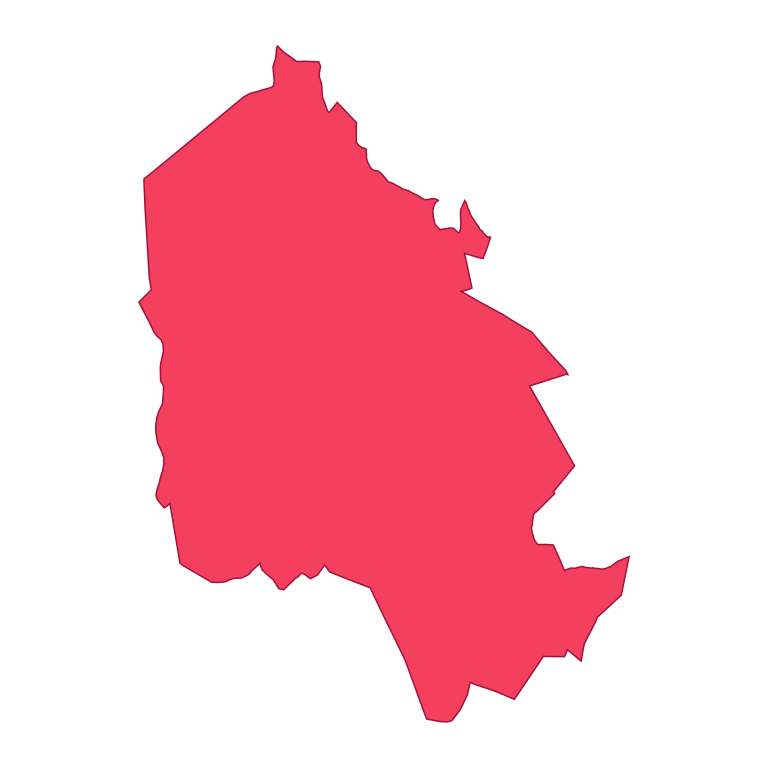 San José Tenango, Oaxaca, Mexico (Equal Earth projection)
{"feature_id": "50627088B37227996856729", "entity_name": "San José Tenango", "entity_type": "district", "adm_level": 2, "iso_a3": "MEX", "parent_name": "Mexico", "parent_adm1": "Oaxaca", "projection": "equal_earth", "projection_center": [-96.652, 18.165], "detail": "fine", "context": "isolated", "style": "filled", "palette": "rose", "viewbox_px": 768, "rotation_deg": 0, "n_neighbors": 0, "source": "geoboundaries", "source_scale": "gbopen_adm2", "svg_char_len": 4816}
<svg xmlns="http://www.w3.org/2000/svg" viewBox="0 0 768 768"><path d="M169.9,503.3L180.0,563.2L182.9,565.5L211.9,582.4L212.2,582.3L218.6,582.5L225.8,581.7L230.3,579.5L233.9,578.4L241.4,578.0L246.6,575.6L247.5,575.1L248.6,574.5L253.9,568.9L259.9,563.4L261.0,566.9L262.1,569.9L267.0,574.5L273.5,580.0L278.8,588.7L283.6,589.8L291.5,582.2L293.8,580.1L295.2,578.3L296.6,577.6L298.3,576.6L299.4,575.4L300.5,574.1L301.7,573.4L302.4,573.3L305.1,574.7L310.5,578.7L317.7,574.9L323.1,567.1L324.5,564.7L329.7,572.0L341.8,576.8L358.1,583.2L370.2,587.8L382.3,613.2L384.8,618.4L399.5,648.5L405.3,660.5L424.2,712.6L425.8,716.9L426.6,719.0L428.8,719.4L436.3,720.9L439.7,721.5L445.7,721.9L447.4,721.8L449.1,721.5L451.0,720.9L452.6,720.1L453.8,718.1L455.5,716.1L457.2,713.9L459.6,710.3L461.3,707.7L463.1,703.8L465.3,699.2L467.4,694.7L469.7,684.2L470.1,682.4L475.4,684.6L493.9,690.7L514.4,699.3L543.4,656.3L546.0,656.5L556.3,656.6L564.5,656.6L567.5,649.8L569.9,651.8L581.1,661.1L582.7,652.0L584.2,644.1L593.3,626.1L595.4,622.2L597.5,617.1L621.3,595.2L629.1,556.6L627.8,557.2L627.6,557.3L625.4,558.1L624.1,558.7L623.5,558.9L621.8,559.8L620.2,560.2L618.0,561.2L617.0,562.0L615.2,563.1L614.2,564.0L613.0,564.7L611.6,566.1L607.0,568.0L605.5,568.5L602.6,569.1L601.6,569.1L599.5,568.8L597.9,568.5L597.1,568.3L596.1,568.5L594.1,568.2L593.1,567.8L591.5,568.1L591.0,568.0L588.0,567.7L585.5,567.5L582.2,566.3L579.6,567.1L576.9,567.6L575.2,568.3L573.7,568.1L571.6,568.1L570.1,568.2L567.9,569.2L565.9,569.7L564.5,570.8L560.7,561.4L553.3,545.0L546.5,544.5L537.4,544.5L536.1,542.4L535.1,541.0L533.8,538.7L533.2,535.5L532.2,532.3L531.3,527.8L532.3,524.9L532.6,520.6L533.1,517.0L533.9,513.5L536.6,511.6L554.7,493.5L553.4,491.8L561.5,481.9L574.6,465.8L547.4,417.6L529.6,386.0L565.9,374.3L567.9,374.6L565.8,370.6L548.9,352.3L547.1,350.1L531.3,331.7L525.8,328.7L510.2,319.2L502.5,314.3L491.8,308.5L478.3,301.2L461.1,291.3L466.1,290.2L472.0,288.1L464.5,253.3L476.7,257.1L483.0,258.5L483.5,257.2L487.0,248.0L487.2,247.6L489.5,240.7L490.1,238.4L490.5,237.1L490.2,237.1L488.6,237.1L487.5,236.8L486.8,236.3L485.7,235.5L484.5,234.0L483.6,233.3L483.0,232.2L482.1,231.1L479.8,229.3L479.1,227.5L478.4,226.4L477.3,224.9L475.9,223.1L474.6,221.1L473.0,218.6L472.2,217.5L471.1,215.8L470.4,214.3L469.9,212.8L469.0,210.6L468.3,209.2L467.4,206.5L466.4,203.4L464.7,200.6L463.5,203.7L462.7,205.2L462.3,206.0L461.8,207.4L461.2,208.6L460.7,209.9L460.6,211.4L460.5,212.9L460.5,214.7L460.5,216.2L460.6,217.5L460.6,219.1L460.7,220.6L460.9,222.3L460.9,223.6L460.8,224.9L460.7,226.2L460.6,228.0L460.4,229.4L459.8,230.9L459.5,232.1L458.7,232.9L457.7,232.2L456.9,231.4L455.3,229.9L454.2,228.8L453.2,228.2L451.9,228.2L450.1,228.1L448.6,228.1L447.2,228.5L446.3,229.0L444.6,228.8L443.1,229.0L441.1,229.4L440.0,230.0L438.6,228.0L436.9,226.7L435.2,224.3L434.5,222.7L434.2,220.6L433.9,219.1L433.4,217.8L433.4,216.3L433.1,214.2L433.0,212.9L432.8,211.7L432.9,210.3L433.3,208.5L433.6,206.9L434.1,205.3L434.7,203.9L435.7,202.6L436.4,201.9L437.3,201.2L438.3,200.3L436.8,199.5L435.2,199.0L433.8,198.8L432.7,198.7L431.3,198.7L429.5,199.3L427.0,199.6L424.6,199.6L421.7,198.1L418.8,196.1L416.7,194.9L413.7,193.7L411.6,192.5L411.2,192.4L408.4,190.6L406.9,190.4L402.8,189.0L399.9,187.2L397.1,185.8L393.4,183.6L391.1,182.6L388.3,181.9L385.8,178.7L384.1,176.7L381.7,174.0L379.7,172.2L377.3,170.7L375.7,170.6L373.7,170.3L372.0,169.2L370.3,167.2L369.0,164.8L368.0,162.8L367.3,161.5L366.9,159.8L366.6,158.3L366.5,156.7L366.5,156.4L366.5,155.0L366.4,153.5L366.3,152.1L366.2,151.2L365.9,149.8L366.1,149.1L365.4,148.5L364.4,148.3L362.5,147.9L360.9,146.8L359.6,146.1L358.9,145.4L358.2,144.6L357.6,143.8L356.4,142.5L356.3,134.6L356.4,122.6L337.2,102.4L329.2,112.5L327.4,110.9L325.0,103.7L323.5,99.8L322.5,97.3L321.6,83.9L319.3,76.9L319.1,74.0L320.6,66.7L318.7,61.8L314.4,61.6L304.2,61.3L296.7,61.6L292.2,58.1L284.9,53.0L281.7,50.3L277.6,46.1L276.6,47.4L276.2,54.2L275.5,58.8L274.0,63.7L273.0,67.1L273.3,71.2L273.7,75.0L274.0,78.5L274.2,81.9L273.5,85.6L272.2,86.9L268.4,88.3L262.1,90.0L258.0,91.5L254.3,92.2L250.6,93.3L247.4,94.9L243.3,97.3L239.0,100.8L158.5,167.2L153.9,171.0L152.6,172.0L143.9,179.0L144.1,184.9L144.2,186.6L144.2,188.1L144.4,191.6L145.0,207.2L149.4,278.9L151.1,288.5L151.3,289.7L138.9,302.2L149.3,322.2L154.0,332.1L157.0,336.1L160.9,339.6L162.9,343.7L163.3,349.1L163.4,351.3L162.0,357.8L160.5,364.5L160.3,368.1L160.5,375.8L160.5,379.5L161.2,382.0L162.5,383.8L163.5,386.3L163.5,389.6L163.3,393.7L163.2,394.8L163.0,396.8L162.4,404.1L160.1,408.7L158.3,412.6L157.0,417.3L156.5,420.0L156.0,423.4L155.6,429.2L156.2,434.4L157.6,442.9L159.9,447.7L162.0,452.5L163.7,457.5L163.9,463.0L162.8,470.1L160.2,478.4L159.2,483.6L158.2,486.0L157.2,489.4L156.6,491.5L156.0,494.5L156.6,498.0L158.3,500.9L161.4,504.6L164.3,507.9L166.9,506.2L169.9,503.3Z" fill="#f43f5e" stroke="#9f1239" stroke-width="1.5"/></svg>